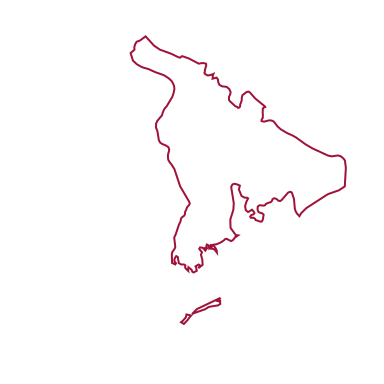 SVG path tracing the border of Ad Daqahliyah, rotated 122°
{"feature_id": "EGY-1537", "entity_name": "Ad Daqahliyah", "entity_type": "Governorate", "adm_level": 1, "iso_a3": "EGY", "parent_name": "Egypt", "parent_adm1": "", "projection": "robinson", "projection_center": [31.652, 31.05], "detail": "fine", "context": "isolated", "style": "outline", "palette": "rose", "viewbox_px": 384, "rotation_deg": 122, "n_neighbors": 0, "source": "natural_earth", "source_scale": "10m", "svg_char_len": 4218}
<svg xmlns="http://www.w3.org/2000/svg" viewBox="0 0 384 384"><g transform="rotate(122 192 192)"><path d="M205.4,131.9L205.7,131.8L205.3,131.3L205.0,131.2L204.7,130.9L204.3,129.9L207.5,131.3L209.0,131.6L211.1,131.8L212.9,132.8L213.2,135.3L213.3,137.7L214.1,138.8L216.6,139.5L220.1,141.2L223.4,143.6L225.6,146.2L227.3,141.9L228.5,140.1L230.2,138.8L229.3,141.2L228.9,142.9L229.2,144.3L230.2,146.2L227.1,146.2L227.1,148.0L230.2,148.0L229.5,148.6L228.8,149.0L228.5,149.8L228.7,151.6L229.7,151.4L230.3,150.9L230.8,150.3L231.7,149.6L232.0,150.0L231.9,150.7L232.2,151.3L233.2,151.6L233.2,149.6L234.7,149.6L233.6,153.3L234.7,155.8L236.5,155.7L237.8,151.6L240.4,151.2L243.9,147.4L248.1,144.4L253.2,146.2L250.0,146.2L250.0,148.0L253.2,149.6L253.8,148.5L255.1,147.4L256.2,146.2L259.4,148.0L259.4,149.6L258.4,150.8L258.1,151.7L257.7,155.2L260.2,154.0L260.9,153.4L260.5,155.6L260.1,157.1L259.3,158.1L257.7,158.8L257.7,160.4L259.2,162.7L259.3,165.5L254.7,169.6L254.7,171.4L257.1,171.5L258.9,171.0L260.3,169.8L260.9,167.8L262.3,167.8L262.6,170.6L262.8,171.2L256.0,175.8L253.8,176.8L253.2,176.8L249.3,176.7L248.2,176.8L247.4,177.1L240.5,182.6L240.0,182.9L239.6,183.0L236.9,183.3L226.5,185.8L223.3,186.1L222.8,186.2L221.3,186.9L220.3,187.2L219.8,187.2L219.3,187.2L218.3,186.9L216.6,186.2L216.1,186.1L215.6,186.1L214.6,186.2L212.7,187.2L212.2,187.4L210.5,187.4L209.5,187.6L208.6,187.9L208.1,188.0L207.0,188.0L205.5,187.7L204.4,187.6L203.3,187.7L202.9,187.8L201.7,189.3L193.5,205.0L181.8,219.2L179.7,223.6L178.6,226.7L177.2,229.3L174.3,231.5L172.6,232.3L170.1,233.0L168.1,233.8L166.5,235.7L166.4,238.8L167.1,242.9L166.9,245.3L165.6,247.6L158.7,253.6L156.5,256.6L153.0,258.7L150.1,259.1L142.7,258.1L140.6,258.8L137.1,259.4L134.9,259.3L132.8,258.9L121.9,259.1L117.6,260.1L114.0,261.5L111.8,263.2L110.0,265.5L108.6,268.4L107.9,272.1L107.8,277.5L109.8,286.6L110.8,294.0L112.2,298.8L112.7,301.2L112.9,306.4L111.9,311.7L106.7,317.7L101.8,316.2L99.9,317.6L97.0,318.5L94.0,318.6L91.1,316.4L84.6,313.8L88.0,301.8L88.3,294.7L85.7,282.5L85.0,275.4L84.5,273.4L83.5,272.9L82.4,272.7L81.9,271.9L80.4,265.4L79.6,254.3L77.4,251.9L76.4,250.1L75.8,248.2L76.9,247.1L82.0,245.6L83.5,244.7L84.4,244.6L84.9,243.8L85.0,241.0L84.5,240.0L83.3,238.6L81.8,237.3L80.5,236.4L82.1,236.1L83.1,235.6L83.8,235.1L85.0,234.6L82.0,231.8L82.8,229.7L85.1,227.8L86.6,225.6L86.4,222.3L85.3,220.2L84.5,218.1L85.0,214.8L86.9,212.1L89.3,211.3L91.9,211.0L94.3,209.4L94.9,208.2L96.3,200.7L95.9,198.7L96.2,197.4L95.4,196.7L94.2,196.5L92.2,197.5L90.0,197.9L87.7,198.5L85.8,199.7L83.3,200.5L82.7,200.4L80.6,199.5L79.3,199.1L78.0,198.5L76.8,197.0L77.1,194.9L79.2,187.9L80.8,175.4L81.1,174.9L81.7,175.3L82.1,175.7L83.6,176.2L87.3,174.1L89.1,172.7L91.6,171.3L93.6,171.3L95.0,170.6L94.2,168.2L90.4,164.6L89.2,162.4L88.9,160.0L91.1,154.1L91.8,149.7L91.6,142.1L90.9,137.6L90.6,133.0L91.4,121.3L91.2,113.1L89.2,97.1L88.6,94.6L87.6,92.2L84.5,88.6L83.5,87.2L82.9,85.0L83.1,82.8L83.6,80.4L84.4,78.9L90.0,74.3L106.3,65.4L112.7,68.3L121.8,75.6L145.0,86.5L152.3,88.2L155.6,88.1L155.5,88.5L154.8,91.0L154.2,92.5L153.1,94.3L151.6,96.0L143.9,101.8L140.1,106.4L139.5,107.4L139.8,108.9L141.6,110.2L151.6,111.8L153.0,112.5L153.6,114.2L153.2,116.0L153.3,117.9L154.0,119.2L155.5,119.9L157.1,119.5L158.8,119.8L161.6,122.2L163.2,123.0L164.7,123.1L165.7,124.2L167.3,127.5L168.0,128.0L169.5,128.5L171.7,127.4L173.1,126.1L173.7,124.6L173.6,123.5L172.9,121.1L173.0,120.2L173.3,119.2L177.7,117.4L178.8,117.2L180.2,117.2L181.2,119.2L181.5,121.0L182.1,123.2L181.3,124.3L181.3,126.3L182.7,128.4L182.0,129.6L180.1,129.5L178.2,127.9L176.7,127.9L176.2,128.7L175.8,129.7L175.2,131.7L179.3,133.8L178.9,136.8L175.8,139.5L171.4,140.7L167.7,141.0L167.6,142.1L168.9,144.3L169.1,147.9L165.0,153.6L161.2,154.8L161.7,158.0L162.6,160.5L164.2,161.7L166.9,161.5L179.4,150.6L185.2,147.5L195.1,144.9L202.0,140.3L205.4,131.9ZM271.9,108.7L274.3,109.8L279.8,116.1L281.2,117.2L284.4,118.7L293.3,125.8L295.5,127.3L288.7,125.8L266.7,111.8L267.9,111.9L268.9,111.8L269.5,112.1L271.2,113.6L270.7,111.6L269.6,110.5L269.5,110.4L270.4,109.9L271.9,108.7ZM308.2,132.3L306.0,131.5L301.5,130.8L298.8,131.8L297.2,127.3L300.0,127.7L302.9,127.9L308.2,129.0L308.2,130.8L308.2,132.2L308.2,132.3Z" fill="none" stroke="#9f1239" stroke-width="2"/></g></svg>